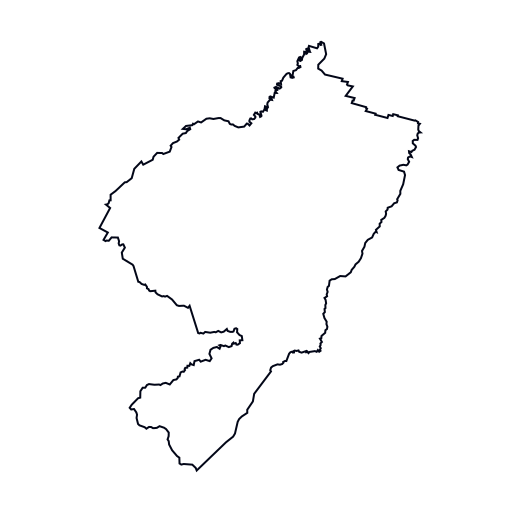 Monteros, Tucumán, Argentina (Robinson projection), rotated 273°
{"feature_id": "61730980B2158029988508", "entity_name": "Monteros", "entity_type": "district", "adm_level": 2, "iso_a3": "ARG", "parent_name": "Argentina", "parent_adm1": "Tucumán", "projection": "robinson", "projection_center": [-65.608, -27.112], "detail": "fine", "context": "isolated", "style": "outline", "palette": "ink", "viewbox_px": 512, "rotation_deg": 273, "n_neighbors": 0, "source": "geoboundaries", "source_scale": "gbopen_adm2", "svg_char_len": 6125}
<svg xmlns="http://www.w3.org/2000/svg" viewBox="0 0 512 512"><g transform="rotate(273 256 256)"><path d="M38.7,208.0L68.4,235.8L74.4,242.6L77.6,244.3L89.5,246.4L92.3,247.7L95.0,250.2L98.9,255.5L102.0,255.3L110.6,260.5L118.3,261.4L141.5,277.0L142.7,276.2L145.4,276.9L146.9,278.6L148.9,283.1L148.7,285.6L149.5,287.8L150.8,288.9L151.6,288.7L152.7,290.5L152.7,291.8L160.2,294.2L161.7,295.4L162.4,297.2L161.5,297.9L161.7,299.0L163.2,298.9L163.6,299.6L163.3,301.5L163.9,303.4L162.6,304.1L161.9,306.6L163.9,311.5L163.4,312.2L162.6,311.7L162.7,312.7L161.8,313.5L163.0,314.5L164.1,319.8L163.5,321.6L165.3,322.7L163.7,324.1L164.7,325.4L165.9,324.8L167.3,325.5L169.0,324.4L170.5,325.2L172.0,324.9L173.6,326.3L176.8,324.2L177.2,325.5L179.6,325.6L182.9,329.1L185.5,329.2L186.8,330.7L189.1,331.0L191.7,329.9L194.1,330.0L197.6,327.6L201.8,326.2L203.6,327.7L206.7,327.2L207.6,328.1L210.7,327.8L212.4,328.5L215.8,327.8L217.7,326.6L219.5,329.1L221.3,328.6L223.9,329.4L226.3,328.6L228.9,329.2L230.0,330.4L235.2,330.8L236.7,332.8L237.1,335.9L240.4,341.1L240.3,346.5L244.7,351.5L247.2,352.3L250.4,354.8L252.8,355.8L255.6,358.8L259.3,360.9L263.9,362.2L266.6,361.6L270.9,363.8L274.7,364.4L278.0,366.8L280.6,371.0L284.3,372.4L286.6,374.3L286.2,375.2L288.4,374.4L292.0,378.0L294.7,377.8L296.5,379.5L298.6,379.2L300.8,382.2L302.9,383.3L304.9,383.7L307.3,383.2L309.2,384.9L311.1,385.0L312.7,388.8L315.9,391.2L316.9,393.9L319.1,394.5L320.1,394.0L325.6,396.9L328.6,396.7L335.3,399.2L344.6,400.6L348.0,399.4L349.4,393.9L351.9,392.6L353.8,394.7L354.8,398.4L354.4,401.4L355.3,402.6L358.1,404.0L360.6,402.5L362.3,402.7L363.5,404.6L363.0,406.4L365.5,405.1L366.8,403.6L368.6,403.3L368.0,405.8L369.3,406.6L370.4,408.7L373.2,410.1L374.5,409.5L376.7,406.7L379.1,406.5L380.3,407.9L380.4,411.2L382.1,411.7L385.0,410.7L386.8,411.1L387.8,412.2L388.0,413.8L389.3,412.0L390.8,411.4L394.6,411.4L396.6,412.7L396.9,410.8L398.3,410.9L399.8,408.0L399.5,407.3L403.0,390.2L403.9,390.3L404.8,385.6L403.0,385.2L403.8,380.9L400.7,380.1L403.1,368.5L403.2,367.7L404.4,368.0L406.5,358.0L408.9,359.2L409.5,358.2L410.4,358.2L413.7,343.6L416.3,344.3L416.3,345.4L418.9,346.2L420.6,337.2L430.4,343.8L431.2,338.7L431.9,337.9L434.6,338.7L435.1,332.5L437.6,333.2L440.8,315.4L444.6,311.8L446.4,308.3L450.3,308.2L456.7,313.9L461.2,315.5L471.8,312.8L473.3,309.8L472.9,309.1L470.3,310.1L470.1,309.5L471.3,308.1L471.0,307.1L468.3,307.2L466.6,306.1L468.6,297.9L467.3,297.6L465.0,298.4L466.0,297.1L465.4,295.4L464.5,295.4L463.7,296.7L463.9,298.5L462.7,299.2L462.8,296.9L461.0,296.4L460.5,295.6L462.3,295.0L462.5,293.4L459.8,293.5L456.2,291.8L454.2,291.6L453.1,290.1L453.6,289.0L454.3,289.9L455.6,289.5L456.6,290.7L457.1,289.8L456.5,288.6L452.7,287.1L450.5,287.7L449.0,287.3L447.7,288.9L448.0,290.2L447.0,290.5L446.0,288.8L446.0,287.8L443.7,286.2L442.7,283.6L439.4,283.2L438.2,282.2L437.2,284.0L436.3,284.3L435.8,282.9L436.2,281.2L439.7,280.4L440.4,279.4L440.2,278.4L439.5,277.0L435.6,274.0L432.4,272.8L431.9,271.5L429.1,272.0L429.8,269.7L429.3,268.1L428.2,268.0L426.7,272.2L425.7,272.4L424.4,270.9L425.9,267.1L425.1,265.6L424.4,265.9L423.6,268.8L422.9,268.7L422.6,267.0L421.7,266.6L419.9,268.1L419.8,266.1L415.1,265.4L416.1,261.9L415.6,261.2L414.2,261.2L413.9,263.3L412.7,263.8L412.9,262.5L412.3,261.5L409.9,259.6L408.1,259.3L405.2,260.2L403.7,259.2L401.8,259.2L402.1,258.3L405.5,258.6L406.0,257.2L402.9,256.8L400.4,255.4L400.7,253.6L400.1,252.8L396.6,254.1L395.8,254.0L395.1,252.8L397.5,251.9L398.0,250.0L399.2,249.6L398.6,248.1L399.0,247.7L396.8,246.5L395.2,248.1L394.2,248.1L392.7,247.0L392.3,245.1L393.2,243.9L393.0,243.1L391.0,242.3L389.8,242.4L388.3,244.4L386.0,242.7L387.6,240.9L387.8,239.9L384.6,237.4L383.5,231.6L384.8,227.9L386.2,226.0L386.0,224.4L386.6,222.9L389.1,221.5L389.8,217.2L391.9,213.4L391.8,211.4L390.6,206.3L391.1,202.6L390.5,199.3L386.5,194.2L387.3,191.0L384.3,187.1L384.8,186.2L383.3,185.5L382.2,179.3L379.1,176.3L378.9,179.5L380.6,183.2L379.2,183.7L377.2,180.8L375.1,179.5L374.3,176.4L369.9,172.4L368.2,173.2L366.2,171.1L364.4,167.2L361.7,165.0L360.4,165.9L355.7,164.4L353.0,158.1L353.9,156.9L353.8,151.9L349.8,148.5L346.7,147.8L341.3,138.6L344.4,136.6L336.7,129.9L327.2,127.8L323.0,123.0L322.7,121.1L313.5,112.3L309.6,107.6L304.0,107.9L303.9,106.7L301.1,106.1L299.9,105.0L299.5,103.5L296.3,107.8L275.8,98.2L271.7,106.8L264.1,102.9L263.0,105.0L263.6,105.9L263.5,108.2L267.0,110.8L267.2,117.1L263.6,118.5L261.4,118.2L259.5,119.0L259.3,120.1L260.6,121.8L260.7,122.9L257.5,124.6L252.4,121.8L246.3,123.1L240.9,133.2L239.6,134.2L224.1,139.8L223.9,141.1L222.1,143.2L221.3,146.0L221.8,146.9L219.5,148.7L218.0,148.8L217.3,150.4L215.9,151.1L215.3,152.2L216.1,157.3L214.4,157.6L212.6,159.7L210.7,164.3L211.1,165.9L210.7,167.3L211.5,169.3L208.2,174.4L202.7,179.5L202.1,181.7L202.6,186.6L200.7,190.8L202.8,192.3L176.0,202.3L175.7,203.7L176.4,204.6L175.8,207.5L177.5,209.2L177.0,214.3L178.0,218.3L177.7,219.8L179.2,222.2L177.9,225.2L178.7,227.7L181.6,230.7L179.7,231.6L178.9,234.2L179.0,236.6L179.5,237.5L182.2,238.3L182.8,239.9L182.1,241.1L178.8,241.1L176.2,243.7L175.3,246.0L171.2,246.8L170.9,244.2L168.1,244.5L166.5,242.4L166.5,241.1L168.0,240.3L167.3,238.5L168.3,238.0L167.2,236.8L164.7,236.3L163.6,233.6L165.0,230.0L164.3,228.7L165.3,225.2L164.9,224.2L164.1,225.4L161.5,224.5L163.1,221.7L162.0,218.2L160.0,215.5L155.8,214.6L151.5,217.0L148.6,215.3L149.7,211.1L147.6,206.3L149.4,204.7L147.8,200.1L143.8,199.5L144.4,197.2L145.5,196.0L142.8,195.2L142.8,193.3L140.9,193.2L140.6,191.2L139.2,190.6L138.4,191.1L136.6,189.9L136.8,188.7L135.8,186.8L131.8,185.9L131.4,184.3L130.1,184.2L128.6,183.0L127.8,180.0L123.2,176.6L124.6,172.5L123.8,169.6L122.1,167.3L122.6,166.0L122.1,161.3L122.5,155.8L121.4,153.8L118.7,152.3L118.5,149.7L114.9,147.6L108.5,147.8L107.8,145.7L101.0,139.7L97.8,137.8L96.2,139.4L96.8,142.2L93.5,144.7L91.3,145.5L88.0,145.2L82.1,147.0L80.8,148.5L79.2,153.8L77.8,155.6L79.7,158.1L79.7,160.3L78.7,162.1L78.8,163.5L79.2,166.0L81.0,168.6L79.7,173.2L78.4,175.3L75.1,178.1L71.5,178.2L68.2,177.3L66.6,178.5L63.2,179.1L57.6,182.4L52.1,187.6L50.6,190.0L44.8,190.5L43.8,192.3L44.5,194.7L44.3,203.3L41.2,206.9L38.7,208.0Z" fill="none" stroke="#020617" stroke-width="2"/></g></svg>